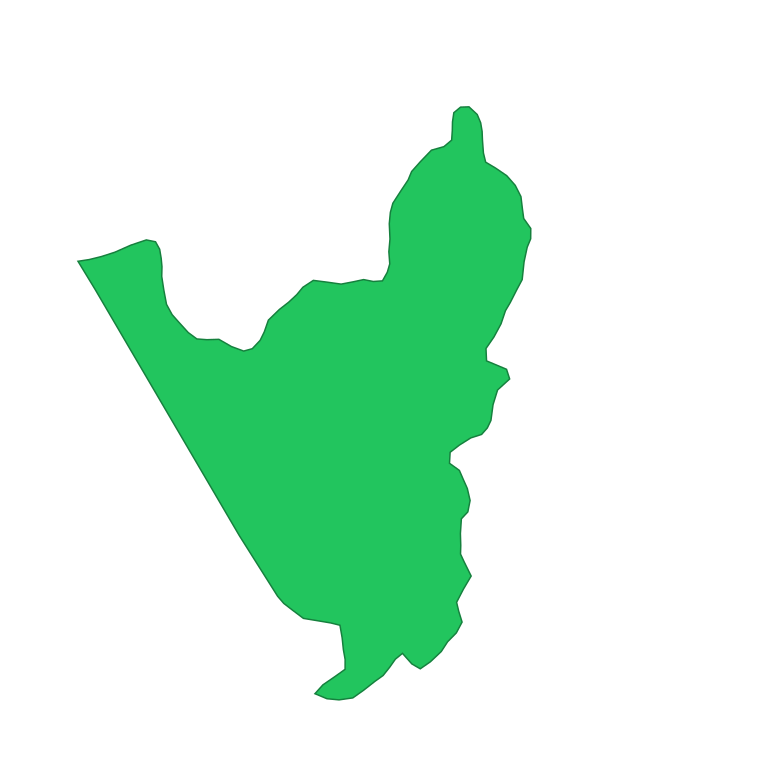 outline of Cipó, Bahia, Brazil, rotated 59°
{"feature_id": "56859067B81796628868211", "entity_name": "Cipó", "entity_type": "district", "adm_level": 2, "iso_a3": "BRA", "parent_name": "Brazil", "parent_adm1": "Bahia", "projection": "albers", "projection_center": [-38.527, -11.094], "detail": "fine", "context": "isolated", "style": "filled", "palette": "green", "viewbox_px": 768, "rotation_deg": 59, "n_neighbors": 0, "source": "geoboundaries", "source_scale": "gbopen_adm2", "svg_char_len": 1814}
<svg xmlns="http://www.w3.org/2000/svg" viewBox="0 0 768 768"><g transform="rotate(59 384 384)"><path d="M293.9,170.1L281.3,169.2L268.7,171.5L256.5,177.1L246.2,182.6L237.2,179.8L225.5,173.9L218.0,169.8L209.9,166.6L201.0,165.3L190.2,168.4L186.1,175.8L187.4,184.4L194.6,190.3L201.9,194.9L209.8,200.4L211.4,210.4L208.0,222.9L212.1,238.1L216.1,250.9L221.5,258.2L226.9,269.6L233.6,283.3L240.1,290.1L249.3,296.9L262.8,304.2L273.1,311.7L284.0,317.2L289.9,323.6L294.8,332.2L290.6,340.4L284.0,347.7L280.5,357.9L276.3,369.3L267.4,380.3L258.8,391.2L259.3,403.7L262.5,412.8L264.8,423.7L266.2,435.2L269.7,450.2L277.7,459.8L282.8,467.7L285.9,478.7L283.5,487.3L273.3,495.5L260.7,502.5L254.8,513.0L249.0,521.2L239.1,525.3L225.6,528.0L215.4,529.9L203.7,529.4L190.2,524.4L177.3,519.1L169.1,513.9L161.6,510.3L153.0,506.9L144.4,506.6L138.1,513.5L134.6,529.4L132.4,546.9L129.2,560.6L125.5,572.6L121.2,583.1L153.9,582.9L439.3,586.1L511.2,584.5L520.5,582.9L530.5,579.0L543.4,573.8L553.1,562.4L561.4,552.7L568.1,546.0L580.0,550.6L590.7,555.6L600.1,559.2L608.5,564.3L609.5,576.5L610.4,591.3L613.9,602.7L624.4,595.0L631.6,585.2L637.0,572.4L636.0,559.2L634.2,544.9L633.4,534.9L629.7,525.0L625.7,515.9L624.4,506.9L638.3,504.3L646.8,499.6L646.0,487.3L642.8,472.7L637.7,462.2L634.6,450.2L628.3,439.7L617.3,437.0L608.5,434.2L600.7,421.5L593.5,408.2L577.6,406.9L569.2,406.0L562.0,401.4L551.5,395.5L539.4,387.1L536.8,378.0L528.2,370.2L516.5,366.4L506.7,365.2L496.9,363.9L485.7,368.7L476.6,362.5L475.2,350.9L474.9,337.4L477.5,326.3L474.9,318.1L470.3,311.1L457.9,301.2L447.6,289.7L444.4,273.7L434.5,271.4L417.0,284.2L406.1,278.3L400.3,265.5L392.7,252.7L383.7,242.1L379.2,233.8L371.5,221.5L365.7,211.8L351.4,201.0L340.5,190.8L335.1,183.5L326.3,178.1L314.1,179.0L305.5,175.3L293.9,170.1Z" fill="#22c55e" stroke="#15803d" stroke-width="1.5"/></g></svg>